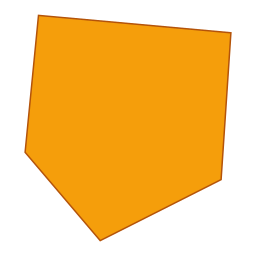 the border of Swain's Island
{"feature_id": "ASM-5001", "entity_name": "Swain's Island", "entity_type": "state/province", "adm_level": 1, "iso_a3": "ASM", "parent_name": "American Samoa", "parent_adm1": "", "projection": "albers", "projection_center": [-171.079, -11.059], "detail": "fine", "context": "isolated", "style": "filled", "palette": "amber", "viewbox_px": 256, "rotation_deg": 0, "n_neighbors": 0, "source": "natural_earth", "source_scale": "10m", "svg_char_len": 199}
<svg xmlns="http://www.w3.org/2000/svg" viewBox="0 0 256 256"><path d="M230.9,32.8L221.1,179.6L100.2,240.6L25.1,152.3L38.5,15.4L230.9,32.8Z" fill="#f59e0b" stroke="#b45309" stroke-width="1.5"/></svg>